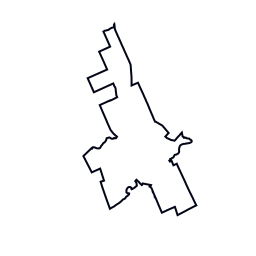 outline of Slobozia, Ialomita, Romania, rotated 335°
{"feature_id": "2599482B59701946957193", "entity_name": "Slobozia", "entity_type": "district", "adm_level": 2, "iso_a3": "ROU", "parent_name": "Romania", "parent_adm1": "Ialomita", "projection": "natural_earth1", "projection_center": [27.382, 44.608], "detail": "fine", "context": "isolated", "style": "outline", "palette": "ink", "viewbox_px": 256, "rotation_deg": 335, "n_neighbors": 0, "source": "geoboundaries", "source_scale": "gbopen_adm2", "svg_char_len": 5645}
<svg xmlns="http://www.w3.org/2000/svg" viewBox="0 0 256 256"><g transform="rotate(335 128 128)"><path d="M77.5,193.6L77.9,193.5L78.0,193.4L78.4,193.4L78.6,193.4L79.4,193.4L79.8,193.3L80.2,193.3L82.1,193.2L82.9,193.1L83.5,192.9L84.0,192.8L84.5,192.7L85.1,192.6L86.9,192.4L87.7,192.3L88.7,192.1L90.4,191.7L91.5,191.3L91.9,191.1L93.3,190.7L93.7,190.7L94.5,190.7L94.8,190.7L95.3,190.7L95.5,190.6L96.1,190.3L96.4,190.1L96.7,189.9L97.0,189.7L97.4,189.5L97.7,189.5L98.2,189.4L99.5,189.1L100.2,188.9L101.0,188.5L101.2,188.3L101.4,187.8L101.4,187.7L101.1,187.5L101.0,187.4L100.7,187.3L100.1,187.0L99.8,186.6L99.6,186.3L99.4,185.8L99.4,185.6L99.6,185.3L100.1,184.1L100.3,183.8L100.4,183.5L100.9,183.1L101.2,182.8L101.8,182.4L102.3,182.2L102.6,182.0L102.9,181.9L103.4,181.9L103.7,181.9L104.0,181.9L104.6,182.1L105.0,182.4L105.3,182.8L105.5,183.1L105.7,183.5L105.6,183.8L105.6,184.1L105.4,184.4L105.3,184.9L105.4,185.1L106.0,185.1L106.8,185.0L107.7,185.0L108.4,184.9L111.5,184.1L111.6,183.9L112.1,182.7L112.3,181.7L112.4,180.9L112.3,180.3L112.1,179.3L112.9,178.8L113.8,178.5L115.2,182.0L115.3,182.6L115.8,184.1L116.4,185.6L116.5,185.6L116.8,185.5L117.1,185.3L117.4,185.0L117.9,184.5L124.8,189.5L124.6,189.7L124.2,189.7L123.4,189.6L122.8,190.2L123.0,190.4L123.3,190.8L123.6,191.5L123.8,192.0L123.9,192.6L123.7,196.4L123.4,196.4L123.4,196.7L123.4,196.8L123.5,197.2L123.6,197.3L123.5,201.4L123.1,201.6L123.2,202.7L123.5,202.9L123.2,210.0L123.0,216.3L122.9,219.1L123.4,219.1L126.4,219.1L129.8,219.1L130.9,219.1L137.2,219.3L136.1,227.9L142.8,227.6L144.8,227.5L148.0,227.3L155.4,227.0L157.2,227.0L157.2,226.8L157.1,222.4L157.1,220.5L157.1,218.1L156.9,210.5L156.9,209.0L156.9,206.5L156.9,203.0L157.0,202.2L157.0,199.7L157.0,198.2L157.0,196.2L157.0,194.3L157.0,192.0L157.0,191.2L157.0,189.7L157.0,188.0L157.0,186.6L157.0,183.6L157.0,182.4L157.1,181.0L155.8,181.0L153.4,181.0L153.5,179.2L153.6,176.2L151.8,176.1L151.7,175.0L153.1,174.9L153.1,174.0L154.1,174.1L154.3,174.1L154.8,173.9L155.5,173.8L155.9,173.8L156.2,173.9L156.6,173.8L156.9,173.7L157.4,173.3L157.9,172.9L158.4,172.4L158.7,172.2L159.2,172.1L160.1,172.4L160.9,172.5L161.9,172.4L162.2,172.4L162.7,172.3L163.1,172.1L163.5,171.9L163.9,171.6L164.1,171.4L164.3,171.2L164.8,169.9L165.2,169.0L166.0,167.7L166.5,167.2L166.9,166.7L167.2,166.4L167.5,166.2L168.0,166.0L168.5,165.8L169.0,165.7L169.7,165.7L170.3,165.7L171.0,165.8L171.8,166.0L172.3,166.2L173.1,166.4L174.6,166.8L176.2,167.3L176.9,167.5L177.8,167.6L178.8,167.6L179.2,167.6L179.4,167.5L179.7,167.4L180.1,167.1L180.2,166.9L180.3,166.5L180.3,166.3L180.2,165.7L179.9,165.2L179.7,165.1L179.5,164.8L179.1,164.1L179.1,163.7L178.8,163.3L177.5,162.6L177.2,162.4L176.8,162.1L176.4,161.2L175.8,161.1L175.3,160.9L174.9,160.7L175.2,160.4L173.9,158.8L174.9,154.9L173.9,155.3L171.7,156.3L170.7,156.7L168.9,157.4L168.0,157.8L166.6,158.5L164.8,159.2L164.7,159.1L164.1,158.6L162.6,157.5L162.1,157.2L161.0,155.9L160.3,155.0L160.2,154.9L158.8,153.2L158.7,152.5L158.5,152.1L158.2,151.6L159.6,151.0L162.0,149.9L162.7,149.7L161.2,144.1L160.4,141.2L160.3,140.8L160.2,140.4L157.0,135.8L156.3,134.8L156.1,134.5L155.9,134.2L155.7,134.1L155.4,133.8L155.2,133.7L155.2,130.8L155.4,126.6L155.4,125.7L155.6,120.2L155.9,114.2L155.9,113.9L155.9,111.0L156.0,109.3L156.0,107.9L156.0,106.0L156.1,103.5L156.1,101.9L156.1,98.5L156.1,96.3L156.2,91.2L154.2,91.1L149.9,91.0L149.2,91.0L150.0,89.3L150.5,88.3L151.1,86.9L151.6,85.8L152.0,84.8L152.3,84.3L152.7,83.4L153.0,82.5L153.2,82.0L153.7,80.7L153.9,80.1L154.1,79.7L154.2,79.4L154.4,78.8L154.6,78.4L154.8,77.8L155.3,76.4L155.5,76.0L156.5,73.3L156.9,72.4L157.1,71.3L157.2,70.8L157.2,70.1L157.2,69.0L157.2,68.3L157.3,67.2L157.3,66.5L157.3,65.7L157.3,65.1L157.3,63.2L157.4,56.9L157.5,51.5L157.5,49.3L157.6,47.2L157.6,46.9L157.7,38.3L157.7,38.2L157.8,34.8L157.8,34.0L157.9,33.6L157.9,33.1L158.0,32.7L158.1,32.3L158.2,31.8L159.2,29.2L159.3,28.8L159.5,28.1L159.1,28.3L158.8,28.6L158.7,28.8L158.5,29.7L158.4,29.9L158.1,30.2L157.9,30.4L157.7,30.6L157.4,30.7L157.2,30.7L155.9,30.3L154.4,30.4L153.6,30.4L152.5,30.7L152.3,30.7L152.2,30.7L151.9,30.8L151.4,30.8L151.1,30.6L150.8,30.6L150.0,30.5L149.6,30.4L149.3,30.4L149.1,30.4L148.9,30.3L148.6,30.2L148.3,30.1L148.1,30.0L147.9,30.0L147.7,30.0L147.2,30.1L146.9,30.3L146.5,30.3L146.2,46.7L134.1,46.6L134.0,57.0L133.8,66.2L112.5,65.8L112.2,81.2L133.5,81.4L133.5,81.7L133.4,82.0L133.3,84.7L133.4,84.9L133.5,85.0L133.5,85.5L133.5,85.9L133.5,86.7L133.4,87.0L131.3,93.2L131.2,95.4L131.2,95.5L126.5,95.7L124.0,95.7L123.3,95.6L123.2,95.6L123.2,95.4L113.5,95.3L112.1,95.3L111.9,101.1L111.6,113.4L111.5,113.5L111.4,122.0L111.4,122.6L112.3,126.4L112.7,127.6L112.9,127.8L113.1,128.2L113.2,128.9L113.4,129.4L114.1,130.5L114.3,131.2L113.8,131.3L113.6,131.6L113.4,131.9L113.2,132.0L112.9,132.1L112.7,132.2L112.4,132.1L112.0,131.7L111.7,131.5L111.5,131.4L111.3,131.3L111.2,131.6L110.2,131.4L109.3,131.2L108.9,131.0L108.6,130.7L108.3,130.3L108.0,130.1L107.9,129.9L107.7,129.5L107.4,129.0L107.3,128.8L107.1,128.7L106.6,128.6L106.0,128.5L104.5,128.2L104.4,128.2L104.2,128.3L103.9,128.7L103.7,129.1L102.9,129.9L101.9,130.5L101.3,130.9L101.0,131.0L100.6,131.1L99.9,131.2L99.3,131.3L99.1,131.4L98.6,131.6L98.0,132.1L97.7,132.2L96.9,132.6L95.9,133.0L95.0,133.8L94.7,134.0L94.4,134.1L94.1,134.2L94.0,134.3L93.8,134.3L93.4,134.3L93.1,134.2L92.7,134.1L92.4,133.9L92.2,133.8L92.0,133.7L90.7,132.9L90.5,132.7L90.3,132.3L90.2,132.1L89.7,131.6L89.4,131.3L89.1,131.1L88.6,130.8L88.3,130.7L87.9,130.6L87.7,130.6L87.4,130.7L87.6,131.1L86.7,131.5L86.4,130.9L75.7,134.6L76.0,142.7L76.2,146.9L76.4,152.9L85.6,153.0L84.0,165.6L80.5,165.1L79.8,170.0L78.7,180.3L77.5,193.3L77.5,193.6Z" fill="none" stroke="#020617" stroke-width="2"/></g></svg>